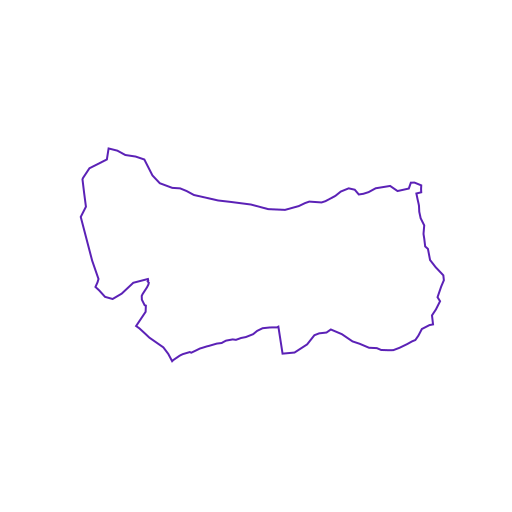 Lamurde, Adamawa, Nigeria, rotated 203°
{"feature_id": "59680162B57364751970918", "entity_name": "Lamurde", "entity_type": "district", "adm_level": 2, "iso_a3": "NGA", "parent_name": "Nigeria", "parent_adm1": "Adamawa", "projection": "natural_earth1", "projection_center": [11.67, 9.557], "detail": "fine", "context": "isolated", "style": "outline", "palette": "violet", "viewbox_px": 512, "rotation_deg": 203, "n_neighbors": 0, "source": "geoboundaries", "source_scale": "gbopen_adm2", "svg_char_len": 1911}
<svg xmlns="http://www.w3.org/2000/svg" viewBox="0 0 512 512"><g transform="rotate(203 256 256)"><path d="M131.5,385.6L138.8,385.5L142.1,384.0L141.7,377.8L151.1,371.1L159.9,372.9L172.3,365.1L177.3,358.8L181.5,355.2L185.4,352.8L191.0,355.6L197.1,354.5L203.1,348.5L206.4,342.4L213.5,333.6L216.6,330.9L228.2,326.9L231.5,323.9L236.1,318.7L247.3,309.8L263.1,303.9L280.8,301.4L300.4,295.9L312.6,292.3L337.0,287.9L345.3,288.7L352.3,288.6L359.7,286.0L373.0,285.4L382.8,289.7L396.5,301.2L405.7,300.5L415.8,297.9L424.8,298.8L433.7,297.4L431.0,286.6L443.6,271.7L445.7,260.4L445.7,258.8L438.8,246.8L431.8,234.9L432.6,223.5L405.0,187.7L392.0,173.3L391.6,169.8L391.7,164.8L387.0,163.1L385.9,162.6L379.0,159.4L371.2,160.4L364.9,168.9L358.5,183.4L346.5,192.6L345.6,191.2L345.8,190.3L344.2,189.5L343.9,187.6L344.1,184.6L345.5,176.7L345.6,174.6L344.0,171.2L339.3,167.2L338.0,167.3L335.8,161.5L339.0,144.7L335.0,143.8L327.1,141.0L322.3,139.2L305.6,135.7L298.5,131.6L292.1,126.4L291.5,127.9L287.4,134.3L286.6,135.3L285.0,137.1L279.4,141.7L277.8,141.7L274.6,145.3L271.4,149.0L269.9,150.2L265.8,153.7L264.4,154.7L261.1,157.4L257.8,160.1L253.6,162.5L252.4,164.1L250.5,166.4L244.9,170.1L241.7,171.0L237.7,174.7L233.7,177.4L228.1,182.9L225.7,187.5L221.7,192.1L215.2,195.7L208.8,198.5L207.8,199.7L193.4,176.5L182.8,182.2L174.4,194.6L171.3,205.9L167.6,209.5L161.2,213.1L158.4,217.6L146.4,217.6L133.8,215.1L126.3,215.7L125.6,215.7L119.2,215.7L116.1,215.7L108.8,218.4L104.1,218.4L96.8,221.2L92.8,223.0L88.0,227.6L82.4,234.0L78.9,238.5L76.5,240.9L75.4,246.1L74.8,253.6L69.3,260.2L66.3,262.2L70.8,270.1L69.5,277.1L68.9,286.3L72.8,289.0L73.6,300.3L73.6,307.1L76.0,311.4L86.3,315.9L94.2,320.3L100.5,329.7L104.0,330.9L107.9,337.7L110.4,341.7L111.1,343.7L111.1,343.8L113.1,349.9L119.2,355.1L123.0,360.5L125.6,365.9L126.6,367.4L129.4,371.3L132.8,376.2L128.8,379.2L130.2,382.1L131.5,385.6Z" fill="none" stroke="#5b21b6" stroke-width="2"/></g></svg>